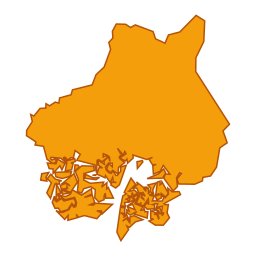 San Lorenzo, Valle, Honduras
{"feature_id": "27666195B73827570061080", "entity_name": "San Lorenzo", "entity_type": "district", "adm_level": 2, "iso_a3": "HND", "parent_name": "Honduras", "parent_adm1": "Valle", "projection": "orthographic", "projection_center": [-87.426, 13.441], "detail": "fine", "context": "isolated", "style": "filled", "palette": "amber", "viewbox_px": 256, "rotation_deg": 0, "n_neighbors": 0, "source": "geoboundaries", "source_scale": "gbopen_adm2", "svg_char_len": 5937}
<svg xmlns="http://www.w3.org/2000/svg" viewBox="0 0 256 256"><path d="M204.7,20.9L196.1,15.4L179.8,32.0L168.5,34.9L165.0,43.2L155.5,38.8L153.1,31.6L135.3,24.9L130.6,27.5L125.7,24.3L116.3,24.0L112.4,31.3L112.9,38.0L108.8,42.4L110.6,49.4L104.1,67.1L96.1,74.6L92.1,84.9L72.5,89.8L71.0,94.8L59.6,97.9L58.9,103.1L55.3,102.1L49.6,105.8L46.0,103.7L45.8,108.1L40.1,108.4L33.9,116.0L30.7,114.5L32.3,121.5L26.7,130.3L26.5,135.7L35.9,141.9L35.1,145.0L43.5,146.3L47.0,159.3L52.9,163.5L55.9,162.4L55.9,158.4L52.0,160.0L50.6,158.7L51.0,157.3L60.8,158.2L66.3,163.0L66.1,161.7L63.6,158.6L63.5,157.7L65.0,157.2L67.6,160.0L70.8,157.7L73.5,157.5L75.1,150.5L80.3,154.3L76.8,160.2L94.9,164.9L96.5,172.7L97.1,160.4L98.7,159.6L102.1,161.8L107.6,157.2L106.0,155.3L103.3,157.0L103.3,153.7L106.2,154.8L109.4,156.9L109.9,161.5L108.4,156.7L103.9,161.2L104.4,164.3L98.2,160.3L98.4,165.2L102.6,168.0L99.2,167.4L96.8,174.1L105.0,177.8L105.5,175.6L110.3,182.6L112.7,177.3L113.3,181.7L116.4,182.6L112.0,182.0L110.9,185.1L115.7,188.0L119.4,184.8L126.2,165.3L120.6,167.1L120.7,171.2L117.2,175.5L115.8,175.3L112.9,171.0L111.3,173.3L109.1,172.8L106.4,170.2L105.4,167.3L108.5,163.0L112.3,163.2L112.3,166.9L108.9,163.5L106.6,169.1L110.3,172.6L112.8,170.3L118.0,174.0L118.5,167.4L124.6,162.7L119.4,158.2L119.4,156.4L122.4,154.6L120.3,153.3L117.5,148.3L123.2,155.0L124.8,151.5L126.1,153.7L119.8,158.0L125.3,161.0L126.9,159.1L127.6,163.2L133.2,158.0L132.9,155.0L146.8,159.5L152.5,157.4L149.0,159.2L152.6,164.9L156.2,164.4L152.8,165.8L153.4,174.1L160.1,171.3L163.3,165.4L169.9,174.3L165.3,174.0L163.8,178.2L173.1,191.0L177.5,186.5L176.5,177.9L179.6,172.8L181.4,173.5L177.0,178.9L178.7,184.0L194.8,184.2L202.4,180.9L202.9,177.4L210.5,176.0L216.5,167.2L219.8,147.9L227.2,142.8L223.0,130.9L229.5,124.2L195.7,71.5L195.9,57.7L203.8,41.5L204.7,20.9ZM147.9,185.0L150.6,188.0L149.8,192.0L148.4,193.1L148.3,188.2L145.3,188.9L146.0,191.4L143.9,188.8L147.6,187.1L143.3,187.3L136.6,182.0L137.7,184.4L132.8,188.2L136.7,188.0L139.1,193.2L143.0,192.5L145.2,196.2L142.9,194.4L141.7,196.4L141.7,197.3L143.5,198.5L143.7,199.5L141.2,197.5L142.1,194.2L140.4,193.8L136.4,202.8L139.6,204.5L141.2,202.3L140.2,204.9L143.5,205.8L148.3,198.7L148.8,204.7L147.4,202.4L144.2,206.0L147.2,209.2L154.4,208.7L154.7,205.0L152.6,204.6L155.3,203.7L157.7,203.7L156.3,207.7L162.4,206.2L161.5,212.2L159.7,207.5L154.1,210.1L158.3,210.6L159.7,213.2L163.5,212.8L163.2,214.5L162.1,215.2L161.6,213.6L159.7,213.6L158.2,212.0L157.3,211.9L159.0,218.2L158.6,218.7L156.6,213.9L154.2,214.6L156.0,212.9L150.7,210.6L150.7,218.6L151.1,219.1L152.4,218.7L153.0,219.3L149.0,221.0L155.2,225.1L163.3,225.2L169.5,217.7L167.1,213.0L168.4,204.5L165.0,204.7L163.9,203.7L180.5,194.6L179.1,191.6L172.1,191.8L167.8,188.1L168.5,193.9L165.3,197.7L161.5,195.2L163.9,197.8L162.1,201.1L152.3,200.8L154.2,196.2L149.9,195.4L149.6,194.5L152.1,194.9L151.5,192.6L153.8,194.6L152.7,190.2L155.9,183.0L147.9,185.0ZM65.3,196.6L57.8,194.4L65.0,199.7L74.6,197.4L76.5,202.5L75.9,206.5L73.9,207.2L71.6,204.6L69.1,209.5L63.0,212.3L60.1,212.4L56.0,210.5L64.7,219.4L68.1,215.4L67.9,220.3L77.4,217.7L76.3,214.2L78.3,217.3L84.4,215.6L96.9,218.7L101.8,213.1L96.8,210.7L101.4,210.9L102.2,213.9L112.5,204.3L95.5,203.2L93.4,205.2L89.8,204.8L94.8,202.7L92.3,195.2L84.4,197.4L92.0,194.1L91.4,188.8L81.5,195.1L72.3,189.8L70.2,194.4L65.3,196.6ZM75.3,171.3L78.5,179.7L77.4,191.6L81.6,193.0L83.8,188.7L90.8,186.7L95.3,189.6L94.8,197.7L98.7,201.9L104.1,199.7L104.1,196.0L105.3,193.1L105.7,198.2L113.4,198.1L108.2,187.4L106.7,188.8L106.9,182.7L101.6,187.2L103.7,182.1L90.3,183.3L83.7,180.0L83.9,173.6L94.4,170.5L93.5,166.2L81.8,165.8L75.3,171.3ZM120.5,206.9L116.9,232.1L120.9,240.6L128.6,229.6L126.9,226.0L129.4,227.4L135.5,221.8L142.9,219.7L134.0,215.7L130.0,216.9L129.8,222.7L126.5,218.5L122.5,221.1L126.6,217.9L129.5,220.4L126.1,213.5L125.4,216.2L123.2,217.6L125.0,216.2L120.8,212.7L124.3,214.0L125.1,207.5L123.3,207.8L120.5,206.9ZM132.9,197.1L135.0,199.4L133.9,201.7L126.6,206.3L132.6,204.4L135.0,209.7L127.4,206.6L129.2,211.1L126.8,209.9L126.9,212.5L130.2,215.1L136.9,211.5L134.0,214.0L147.2,218.1L147.9,211.6L145.1,211.8L144.0,208.2L143.2,210.1L140.8,210.3L142.9,206.8L135.0,203.7L138.5,194.3L132.9,197.1ZM120.7,205.9L125.3,206.3L124.6,202.5L128.3,202.2L127.8,199.2L125.2,199.6L129.2,197.8L128.1,195.7L131.7,196.6L132.2,192.5L133.5,195.9L137.6,192.9L133.7,189.6L131.6,191.0L128.9,191.1L135.6,184.4L131.0,178.1L124.2,192.4L126.3,193.7L122.8,195.9L120.7,205.9ZM56.5,201.8L54.9,200.0L54.4,196.1L52.3,202.5L55.0,208.4L58.3,208.1L60.8,211.8L67.7,209.7L71.8,203.5L74.6,206.4L75.8,202.0L73.7,198.4L64.0,201.0L61.5,198.5L56.5,201.8ZM70.1,185.8L65.3,183.4L60.3,185.4L61.3,189.0L66.5,188.7L66.9,186.5L67.6,188.4L64.1,190.2L70.6,192.2L77.4,182.2L74.1,173.6L62.6,183.2L66.5,183.0L70.1,185.8ZM157.4,182.0L155.6,195.5L158.5,193.8L159.9,194.5L155.3,196.0L156.8,199.9L161.2,198.2L161.3,193.5L165.6,197.0L168.3,193.2L161.9,181.7L161.6,183.7L160.0,184.8L160.1,181.2L157.4,182.0ZM51.4,182.8L46.8,192.8L50.5,198.4L55.0,183.9L59.5,184.1L59.2,181.3L61.7,180.8L55.2,179.1L50.8,174.2L47.3,178.6L51.4,182.8ZM49.2,168.6L53.1,169.0L53.1,173.4L59.9,165.8L61.9,169.9L65.0,163.6L57.5,159.1L56.0,163.8L47.3,163.0L49.2,168.6ZM62.4,178.5L70.1,176.2L71.5,171.8L55.0,172.3L55.9,176.8L62.4,178.5ZM66.8,162.6L65.2,170.8L71.6,169.9L73.2,163.2L70.9,163.2L75.5,161.4L74.7,158.6L67.4,160.7L64.0,158.2L66.8,162.6ZM162.6,178.1L165.7,173.0L163.7,169.0L158.3,174.0L147.1,178.6L162.6,178.1ZM84.9,178.3L96.0,179.7L99.5,177.4L93.1,177.9L85.4,174.3L84.9,178.3ZM56.5,184.2L56.0,200.5L59.8,198.0L57.1,194.2L61.1,193.0L56.5,184.2ZM40.7,180.1L46.9,181.1L46.0,177.3L48.8,172.5L41.7,173.7L40.7,180.1ZM62.7,194.2L69.4,193.0L61.4,189.8L62.7,194.2ZM137.4,168.5L142.8,162.0L142.4,160.6L137.0,161.7L137.4,168.5ZM74.3,171.5L79.2,167.0L78.2,165.2L75.0,164.9L74.3,171.5ZM129.2,202.1L133.5,200.4L132.9,197.7L129.9,197.4L129.2,202.1ZM92.4,175.3L95.5,175.3L96.3,174.7L92.4,175.3Z" fill="#f59e0b" stroke="#b45309" stroke-width="1.5"/></svg>